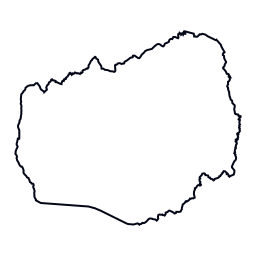 Veal Veaeng, Pouthisat, Cambodia
{"feature_id": "14789045B9222272664434", "entity_name": "Veal Veaeng", "entity_type": "district", "adm_level": 2, "iso_a3": "KHM", "parent_name": "Cambodia", "parent_adm1": "Pouthisat", "projection": "robinson", "projection_center": [103.138, 12.256], "detail": "fine", "context": "isolated", "style": "outline", "palette": "ink", "viewbox_px": 256, "rotation_deg": 0, "n_neighbors": 0, "source": "geoboundaries", "source_scale": "gbopen_adm2", "svg_char_len": 5721}
<svg xmlns="http://www.w3.org/2000/svg" viewBox="0 0 256 256"><path d="M37.4,83.2L35.8,83.3L33.7,85.3L32.9,85.1L32.0,85.3L30.6,85.2L28.2,85.8L26.9,86.7L25.6,87.7L25.3,89.2L24.6,90.4L23.7,91.0L22.8,92.6L21.3,94.3L20.8,99.4L21.2,101.9L20.7,103.7L21.3,105.3L21.5,106.6L21.2,108.4L21.5,111.0L21.2,112.1L21.4,113.3L20.5,119.1L19.6,120.4L19.4,122.5L18.1,125.3L18.0,126.4L18.3,127.9L19.3,130.3L19.3,137.4L19.2,138.8L18.9,138.9L18.0,138.5L17.8,138.8L17.1,142.2L16.7,143.4L16.6,144.2L17.1,145.6L17.6,146.3L17.6,146.8L16.2,149.8L15.6,151.6L15.7,152.4L15.4,153.8L16.3,155.0L16.8,156.0L17.0,156.8L16.6,158.0L17.1,160.2L18.6,162.7L19.2,164.3L20.1,165.8L21.1,166.6L21.9,166.6L23.0,168.4L23.6,170.6L23.5,172.6L24.0,173.7L26.5,176.3L26.9,177.2L27.6,177.7L28.4,177.9L29.3,179.8L30.0,182.1L31.2,182.8L31.8,183.7L32.8,183.7L33.4,184.1L33.7,185.4L33.2,186.3L33.3,187.1L33.5,188.2L34.0,188.7L34.6,191.3L34.3,192.4L34.4,196.4L34.9,198.0L36.0,199.6L35.9,200.4L40.8,203.0L88.4,206.5L94.8,208.2L100.9,210.8L127.0,223.7L128.7,224.1L133.6,224.5L137.5,223.4L138.6,223.9L139.3,224.7L140.0,224.1L141.1,224.0L142.4,222.8L143.2,223.1L144.4,222.9L146.1,221.9L148.7,219.0L149.9,218.5L151.9,218.6L152.7,219.1L155.4,219.5L156.6,220.6L157.3,220.1L158.2,218.7L157.9,216.9L158.4,214.9L159.6,214.5L161.4,214.8L162.3,214.5L162.8,215.1L164.2,215.1L164.7,215.5L165.7,214.0L165.6,212.8L166.1,212.4L167.4,212.1L168.7,210.8L169.7,210.6L173.7,212.6L174.2,213.3L174.8,213.5L176.0,212.9L176.3,211.8L179.4,211.9L180.5,211.6L181.8,209.2L182.0,207.1L182.5,206.0L182.7,204.5L184.1,203.5L185.0,202.6L185.7,201.3L186.2,201.1L186.7,201.6L187.8,201.0L189.5,199.6L190.0,198.6L190.8,198.8L192.1,198.2L193.4,198.4L194.7,197.6L194.1,194.9L193.9,193.1L194.1,191.3L194.8,189.9L194.9,188.2L195.6,188.1L196.6,187.0L197.1,185.9L198.2,185.1L199.3,185.1L200.0,185.6L201.0,184.9L200.8,184.3L199.8,183.7L200.4,182.0L199.7,181.2L199.4,179.6L200.2,178.6L199.6,177.9L199.7,177.2L201.7,175.1L202.3,173.7L203.5,173.4L204.6,173.5L205.0,173.9L205.4,175.1L205.8,175.0L208.1,175.6L208.5,177.3L210.0,177.6L210.2,178.4L210.8,178.9L211.8,178.9L213.6,180.4L214.3,179.9L214.6,178.9L217.8,178.0L219.3,176.9L219.3,176.3L220.4,176.0L220.9,174.9L222.0,173.9L222.3,173.0L223.0,172.6L223.2,171.7L223.6,171.2L225.1,171.3L226.6,172.9L226.7,173.9L227.4,173.5L228.0,174.1L228.7,176.1L229.5,176.7L230.1,175.9L230.7,175.9L233.8,174.5L234.4,171.9L234.4,170.5L232.0,167.4L231.9,166.5L234.1,161.6L235.5,160.1L235.9,159.3L236.1,157.6L236.0,156.9L235.1,155.0L235.4,154.4L234.3,153.2L235.1,152.4L235.0,151.8L234.7,151.7L234.9,149.8L235.4,148.6L235.8,148.4L235.9,148.1L235.4,147.7L235.8,146.9L235.6,146.5L236.1,144.8L236.6,144.2L236.8,143.4L236.8,143.1L236.4,142.6L236.6,142.1L235.6,141.5L235.7,140.8L236.3,140.4L235.7,140.1L235.7,139.7L236.6,139.1L237.5,139.6L237.9,139.2L237.8,137.6L238.2,137.0L237.7,135.9L238.3,134.7L237.2,134.3L237.2,133.6L237.6,133.2L238.6,132.9L239.7,131.5L239.9,130.6L239.5,129.8L239.8,128.7L239.3,128.4L239.0,127.4L239.7,126.7L239.2,125.5L240.0,124.4L239.5,123.8L239.4,121.9L239.9,120.1L238.5,119.5L238.5,119.3L239.4,118.7L239.4,117.3L240.1,117.5L240.6,117.0L240.3,116.6L240.4,116.1L238.9,116.1L238.4,115.7L238.4,114.8L238.1,114.5L235.8,114.2L235.3,113.6L235.0,113.5L234.2,109.0L234.8,106.4L234.7,105.3L232.4,103.1L232.1,100.7L230.7,99.6L230.0,97.0L229.6,96.3L229.1,93.0L229.2,92.0L228.5,90.6L228.0,88.8L228.2,88.5L228.0,87.5L227.3,86.7L227.2,86.3L227.4,85.5L228.1,84.3L228.0,81.8L229.1,81.1L229.9,79.4L229.8,77.9L229.0,77.1L228.6,76.4L228.8,75.5L229.6,76.0L228.6,74.2L227.8,73.8L226.8,73.8L225.8,71.4L223.0,68.1L223.4,67.1L224.3,66.5L224.8,64.3L226.1,62.3L226.0,61.8L224.2,58.3L224.0,55.9L222.8,55.0L222.9,54.0L223.4,53.0L224.2,52.7L224.6,52.2L221.8,47.4L221.1,45.8L221.1,45.1L216.5,39.8L216.2,40.2L215.6,40.1L207.6,36.2L205.4,34.6L202.3,33.8L201.5,34.4L200.0,34.2L199.7,34.3L199.6,34.7L198.5,35.4L198.1,36.1L197.3,36.6L196.5,36.8L195.4,36.6L195.1,36.3L194.2,36.5L193.8,34.5L193.8,33.7L185.1,31.4L184.1,31.3L183.8,31.7L184.2,33.0L185.2,33.2L185.4,33.8L185.2,33.9L184.7,33.7L183.6,33.7L183.3,34.3L183.1,33.6L182.7,33.4L182.4,34.4L182.2,34.4L182.2,34.1L181.8,33.6L181.4,33.9L181.6,34.6L181.2,34.8L181.1,33.8L180.7,33.3L180.4,33.3L180.4,33.6L179.8,33.9L179.4,33.2L179.1,34.0L178.3,34.1L178.1,35.2L178.5,37.4L178.0,38.2L174.8,36.9L173.3,37.0L172.3,39.1L171.3,38.9L170.1,39.2L169.6,39.6L169.1,40.6L169.0,41.6L167.7,42.5L165.2,43.5L164.8,43.8L164.1,45.6L163.4,46.3L163.0,46.4L161.7,45.8L160.4,44.7L159.4,44.2L158.3,44.0L157.1,44.3L154.7,46.1L151.9,48.9L147.0,50.1L144.9,51.3L144.1,52.5L141.7,54.7L140.5,56.8L139.4,58.1L138.2,58.1L134.7,55.7L133.2,55.6L132.9,55.8L132.7,57.3L130.5,57.7L126.9,60.5L124.7,61.7L124.4,62.1L124.2,63.3L123.9,63.6L122.3,63.6L121.7,64.0L119.9,63.2L118.1,63.3L116.6,64.7L115.4,64.8L115.0,65.6L115.3,69.1L115.3,70.8L115.2,71.2L114.1,71.9L112.8,71.4L110.2,71.2L107.7,70.1L104.9,69.8L103.4,68.7L101.6,68.7L101.2,66.0L98.3,61.7L98.1,59.7L96.3,58.6L95.5,57.0L94.9,56.8L93.9,58.0L92.6,58.8L91.9,60.2L91.0,60.8L89.6,63.8L88.6,65.3L88.5,67.5L87.6,68.6L87.1,68.3L84.9,69.7L83.6,69.9L82.6,70.6L82.6,72.1L81.6,73.1L81.1,72.8L81.0,73.2L80.4,73.3L80.0,73.9L79.7,73.6L79.3,73.7L77.9,73.1L77.4,73.4L76.3,73.3L75.9,72.8L74.8,72.5L74.1,73.6L73.6,73.8L72.8,73.5L72.7,74.0L71.9,74.7L71.7,73.9L71.4,73.6L71.0,73.8L70.1,72.8L69.5,73.1L69.4,74.3L68.6,74.5L68.2,75.6L67.3,76.7L65.9,77.8L65.9,78.9L65.5,79.1L65.1,78.8L63.9,79.5L64.0,80.7L63.8,81.0L62.6,80.9L62.2,81.3L61.9,82.4L61.5,82.8L61.5,84.1L60.4,83.9L57.1,82.3L55.6,82.1L55.7,81.1L54.2,80.4L53.1,80.5L52.1,79.3L51.5,79.5L51.2,79.7L51.0,80.7L50.1,81.8L48.8,82.6L48.5,84.3L47.2,85.2L46.2,87.8L46.9,89.2L46.5,90.2L45.9,90.5L44.1,92.3L43.7,91.3L42.6,90.7L41.1,89.5L40.4,88.4L39.8,86.5L37.4,83.2Z" fill="none" stroke="#020617" stroke-width="2"/></svg>